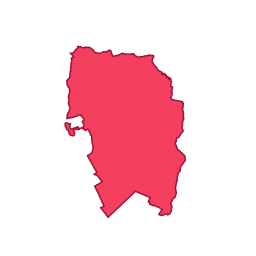 Vartescoiu, Vrancea, Romania, rotated 63°
{"feature_id": "2599482B9157251051553", "entity_name": "Vartescoiu", "entity_type": "district", "adm_level": 2, "iso_a3": "ROU", "parent_name": "Romania", "parent_adm1": "Vrancea", "projection": "orthographic", "projection_center": [27.052, 45.724], "detail": "fine", "context": "isolated", "style": "filled", "palette": "rose", "viewbox_px": 256, "rotation_deg": 63, "n_neighbors": 0, "source": "geoboundaries", "source_scale": "gbopen_adm2", "svg_char_len": 5683}
<svg xmlns="http://www.w3.org/2000/svg" viewBox="0 0 256 256"><g transform="rotate(63 128 128)"><path d="M189.3,187.9L198.5,186.3L187.8,150.1L200.1,139.8L202.7,143.3L203.4,143.2L204.7,142.3L205.5,143.3L208.6,140.9L208.2,140.3L213.6,136.0L214.4,135.7L216.4,134.4L216.9,135.9L218.0,138.4L219.1,139.8L220.5,138.5L221.0,138.2L221.2,137.8L221.4,136.3L221.7,135.7L221.7,135.2L221.5,134.6L221.5,134.0L221.8,133.0L221.8,132.8L223.5,131.9L223.3,131.2L223.3,130.0L223.2,129.2L222.2,127.8L221.1,126.8L218.0,124.6L217.5,124.4L216.4,124.5L215.7,124.3L215.1,124.0L214.9,124.1L214.4,124.0L214.0,123.7L213.7,123.4L213.2,122.4L212.5,121.4L211.8,120.5L211.3,120.1L211.3,119.4L211.0,117.4L210.8,117.1L209.8,116.5L209.6,116.3L209.2,115.7L208.1,114.7L207.5,114.3L207.0,114.1L205.4,113.8L203.3,113.1L199.4,110.3L198.2,109.1L197.9,108.5L197.1,108.2L193.0,105.6L192.4,104.8L191.6,104.1L190.8,104.1L190.7,103.6L190.4,102.4L190.0,101.1L189.7,100.6L189.4,100.4L188.9,100.4L188.3,100.2L186.5,98.8L185.6,97.2L185.1,95.9L184.2,94.4L182.6,91.2L181.1,91.2L179.2,90.1L178.2,90.2L177.7,90.4L177.2,90.4L176.4,91.1L175.2,91.0L174.4,91.7L172.8,92.1L172.4,92.3L171.3,92.5L170.2,93.4L169.3,93.7L168.7,93.6L168.2,93.3L167.1,93.1L166.4,93.2L165.2,93.0L164.6,93.3L163.3,92.8L162.6,92.4L162.2,92.0L161.8,90.9L160.4,90.5L160.2,90.3L160.0,89.9L159.5,89.6L159.2,89.1L159.3,86.9L159.2,86.7L158.7,86.3L158.4,85.4L157.9,84.4L157.1,83.4L156.8,82.8L156.5,81.8L156.2,81.1L155.6,80.1L154.7,80.0L152.8,80.1L152.3,79.9L151.2,79.1L149.8,77.8L149.4,77.6L148.2,77.3L147.0,76.0L145.7,75.2L145.7,74.9L145.3,74.2L144.9,74.1L144.5,73.9L143.7,73.8L142.5,73.3L140.9,72.3L140.3,72.0L139.8,72.0L138.8,71.4L137.9,71.2L137.5,71.3L136.1,71.0L135.4,70.4L135.2,70.3L134.8,69.8L134.4,69.5L132.9,68.7L131.3,67.5L131.0,67.4L130.5,68.1L130.0,68.3L129.1,67.7L125.0,73.1L124.0,74.3L122.8,75.4L122.6,75.7L122.5,76.3L120.2,76.2L119.9,75.8L119.8,75.1L117.8,73.4L116.7,72.8L115.7,72.4L115.0,72.4L114.9,72.6L114.6,72.5L114.1,71.5L113.9,71.2L112.9,70.5L111.9,69.9L111.7,69.8L111.1,70.1L110.9,70.6L110.4,70.8L110.2,71.1L109.5,70.8L109.0,70.1L108.8,70.1L107.5,69.5L107.0,68.9L106.6,68.2L105.5,68.5L103.8,67.5L103.4,68.0L102.1,68.1L102.0,68.5L102.6,69.1L103.3,69.5L103.2,69.7L101.9,69.2L101.3,69.4L100.5,69.1L100.4,69.2L100.2,69.6L100.6,70.0L100.4,70.8L99.9,70.9L99.2,70.5L98.4,69.9L98.2,70.1L98.2,70.3L97.8,71.0L97.2,70.6L96.9,70.7L96.0,70.9L96.1,71.2L96.3,71.7L96.2,71.9L95.9,72.4L95.5,71.8L95.3,72.1L95.2,72.4L95.2,72.5L95.6,72.7L95.4,73.2L95.3,73.4L94.9,73.2L94.6,72.6L94.2,72.5L93.9,72.4L93.5,72.6L92.8,73.1L92.3,73.5L92.0,73.8L90.9,74.6L90.9,74.8L87.5,75.1L86.7,75.2L85.2,75.8L81.7,76.2L80.7,76.2L80.1,76.4L78.0,75.3L76.9,73.8L76.2,72.7L75.7,72.4L75.3,72.4L75.0,72.5L74.5,73.0L74.3,73.6L74.2,74.0L72.7,75.8L72.5,77.4L71.3,80.9L71.1,82.8L70.7,83.2L70.5,83.8L70.1,84.9L70.0,85.6L69.7,86.2L69.1,87.1L68.5,87.6L67.6,88.2L66.9,88.9L66.3,89.1L65.0,88.9L64.4,89.2L64.1,89.8L64.2,90.6L63.4,91.5L63.1,92.9L62.9,93.5L62.0,94.8L61.4,96.0L59.9,98.2L59.6,98.5L58.9,98.8L58.8,99.3L58.9,100.8L58.7,101.5L58.8,103.8L58.6,104.6L58.3,105.5L58.0,105.8L58.0,106.8L57.3,108.5L57.2,108.7L55.4,108.9L52.3,108.4L50.9,108.4L50.5,108.9L50.2,109.5L50.0,110.5L50.2,111.3L50.7,112.2L50.7,112.7L49.6,113.7L49.2,114.5L48.7,116.0L49.2,117.3L49.0,118.2L48.2,119.9L46.4,122.5L45.9,122.9L44.5,123.5L42.8,123.6L42.2,123.8L41.5,124.4L38.8,125.5L37.8,127.6L36.6,129.2L36.5,130.7L36.4,131.1L36.1,131.8L35.8,132.1L34.7,132.8L33.8,133.7L33.4,135.1L33.2,135.2L32.6,135.2L32.5,135.4L32.6,135.7L33.5,136.2L33.8,136.6L34.0,137.0L34.5,138.8L34.9,139.7L35.3,140.9L35.9,141.8L36.1,142.3L36.1,143.2L35.9,144.2L35.7,144.7L35.3,145.4L35.5,145.4L35.6,145.2L36.0,144.9L37.0,144.8L38.5,144.4L39.3,144.4L40.1,144.1L40.0,146.6L42.0,147.5L43.0,147.7L43.5,148.5L44.9,149.6L46.4,150.2L48.0,151.7L48.5,151.9L50.1,152.8L50.9,152.7L51.1,152.9L51.5,153.7L51.5,154.0L52.9,154.8L55.3,156.2L56.7,157.4L57.1,158.8L58.0,161.1L58.8,161.3L59.5,161.2L61.2,162.4L62.3,162.7L65.1,162.4L65.6,162.1L67.3,162.6L68.6,163.2L71.0,164.8L72.1,166.0L72.9,166.4L73.7,167.3L74.9,167.4L76.2,167.8L77.9,169.1L79.0,169.8L80.8,170.1L82.0,170.5L83.0,170.4L84.1,170.7L84.8,171.2L85.2,171.6L85.3,171.9L85.5,172.3L86.5,172.9L87.0,173.4L87.1,174.2L87.4,174.5L88.1,175.5L88.7,176.1L90.4,176.9L90.8,177.5L91.2,177.8L91.8,178.1L92.0,178.1L92.0,177.2L92.5,175.6L93.1,173.9L93.4,172.7L94.0,169.5L94.4,165.3L95.3,164.1L95.5,164.3L95.9,164.3L97.7,163.5L98.6,163.6L99.5,163.2L100.1,163.3L100.9,163.6L100.9,164.5L101.6,165.8L106.1,166.0L106.3,166.2L106.6,166.6L106.7,167.5L106.7,171.7L104.7,171.9L104.7,172.5L104.1,172.6L103.3,179.1L101.4,179.6L100.7,179.5L100.3,179.3L100.1,179.0L99.8,178.9L99.2,178.5L98.9,178.0L98.1,177.3L97.8,178.6L97.1,178.9L95.9,179.8L95.1,181.0L95.8,182.2L97.0,182.8L98.3,183.0L99.6,182.9L101.9,183.2L102.7,182.4L103.3,182.1L103.7,182.4L105.0,182.8L106.7,182.9L108.2,182.6L109.9,180.7L110.1,179.8L109.5,178.6L108.3,177.9L107.7,177.6L106.6,178.0L105.9,178.0L105.6,177.7L105.4,177.3L105.5,175.5L105.8,174.4L106.8,173.1L107.1,172.2L106.8,171.5L106.8,171.0L106.9,168.8L108.2,168.7L108.1,168.3L109.8,167.3L111.0,167.2L111.0,166.8L110.6,165.3L110.6,164.9L110.7,164.5L111.7,164.0L111.8,163.8L112.2,163.8L113.7,164.3L114.2,164.3L114.7,163.8L116.4,164.3L116.8,164.7L117.1,164.5L117.9,163.8L119.6,164.4L122.1,165.7L123.3,165.8L124.6,166.6L125.7,166.8L126.0,167.0L127.2,167.0L127.8,167.2L128.2,167.6L128.7,167.7L128.8,167.5L129.1,167.3L129.6,167.6L133.5,171.3L133.7,171.7L134.4,176.7L153.6,176.0L153.9,179.1L156.2,177.2L157.6,176.7L162.0,176.0L163.5,175.4L164.1,175.3L164.6,180.1L164.5,181.1L164.8,184.1L169.1,184.2L173.5,184.1L174.9,184.3L185.0,184.8L186.9,184.8L186.6,188.6L189.3,187.9Z" fill="#f43f5e" stroke="#9f1239" stroke-width="1.5"/></g></svg>